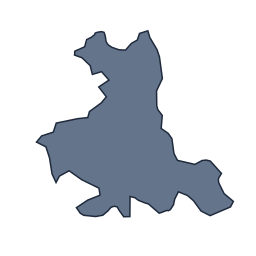 the Municipality of Dobele, rotated 81°
{"feature_id": "LVA-1082", "entity_name": "Dobele", "entity_type": "Municipality", "adm_level": 1, "iso_a3": "LVA", "parent_name": "Latvia", "parent_adm1": "", "projection": "orthographic", "projection_center": [23.182, 56.625], "detail": "fine", "context": "isolated", "style": "filled", "palette": "slate", "viewbox_px": 256, "rotation_deg": 81, "n_neighbors": 0, "source": "natural_earth", "source_scale": "10m", "svg_char_len": 1325}
<svg xmlns="http://www.w3.org/2000/svg" viewBox="0 0 256 256"><g transform="rotate(81 128 128)"><path d="M193.4,46.9L196.5,46.9L207.8,43.4L217.0,35.4L222.0,39.1L227.4,60.6L221.5,68.8L210.0,74.7L203.9,79.9L198.9,88.2L205.6,93.0L211.0,95.1L215.1,98.8L216.0,100.9L215.5,102.7L216.7,108.4L217.0,110.6L214.6,112.6L206.2,119.7L204.5,123.2L201.0,129.1L197.9,132.1L196.0,136.7L215.8,140.0L215.0,146.1L207.4,149.9L204.3,150.9L203.1,153.9L203.7,157.2L206.8,160.9L210.2,166.5L210.4,173.7L207.3,185.4L204.7,188.5L198.6,191.4L192.9,179.0L190.0,166.1L182.9,166.1L171.9,181.7L161.0,192.9L164.8,203.3L170.6,207.6L161.5,210.2L145.3,210.2L133.8,212.0L127.6,220.6L122.3,214.5L120.4,202.4L111.9,198.1L110.9,176.5L111.4,166.1L105.7,163.5L99.1,150.6L93.8,144.5L82.9,150.5L77.7,139.3L68.2,145.3L69.5,154.8L60.5,155.6L51.4,162.5L47.6,169.4L43.8,168.5L41.0,158.1L34.2,155.0L32.6,149.8L31.8,148.6L30.7,146.5L29.1,145.5L28.7,143.6L28.6,141.2L28.7,139.0L29.8,136.7L33.0,136.1L39.4,136.1L42.7,134.6L45.7,131.4L49.3,124.8L50.7,118.3L45.0,111.5L42.6,105.1L36.4,101.8L35.1,93.2L42.0,92.3L55.1,87.1L62.6,85.8L84.5,86.3L95.8,94.0L110.4,96.1L114.5,95.7L120.9,92.2L133.7,95.3L139.5,89.2L145.4,86.3L160.4,86.6L167.7,84.2L174.4,67.7L171.7,59.9L171.9,55.7L173.5,51.9L187.5,42.8L191.4,46.1L193.4,46.9Z" fill="#64748b" stroke="#1e293b" stroke-width="1.5"/></g></svg>